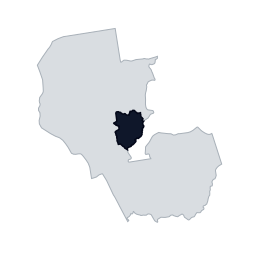 Copperbelt on a map of Zambia (Mercator projection), rotated 81°
{"feature_id": "ZMB-517", "entity_name": "Copperbelt", "entity_type": "Province", "adm_level": 1, "iso_a3": "ZMB", "parent_name": "Zambia", "parent_adm1": "", "projection": "mercator", "projection_center": [27.632, -13.082], "detail": "fine", "context": "in_parent", "style": "filled", "palette": "ink", "viewbox_px": 256, "rotation_deg": 81, "n_neighbors": 0, "source": "natural_earth", "source_scale": "10m", "svg_char_len": 7258}
<svg xmlns="http://www.w3.org/2000/svg" viewBox="0 0 256 256"><g transform="rotate(81 128 128)"><path d="M172.2,171.9L160.8,171.9L156.6,172.8L153.2,174.3L149.1,176.5L146.8,178.0L146.1,178.9L145.8,180.8L145.8,183.7L145.4,185.8L144.1,187.8L137.9,190.1L133.9,192.0L129.9,194.3L126.9,197.2L124.8,200.9L121.4,205.4L114.3,213.4L110.1,214.9L106.7,214.6L102.5,212.9L99.1,212.6L96.7,213.6L94.4,213.3L92.3,211.6L90.6,211.0L89.1,211.4L87.3,211.4L84.0,210.4L81.2,207.6L79.6,206.4L78.4,205.9L75.0,205.5L67.1,204.8L59.0,206.2L51.8,207.7L44.5,201.3L37.5,194.6L36.0,192.8L33.3,190.6L31.4,189.5L30.7,188.9L28.8,183.0L27.7,177.5L27.7,125.1L59.7,125.1L61.8,124.9L61.9,124.3L60.4,121.5L60.5,120.5L60.9,118.6L62.3,114.9L62.4,113.6L61.7,109.5L61.8,107.3L62.1,102.6L61.9,101.1L62.7,99.0L62.9,97.6L63.2,97.0L62.9,95.5L62.2,90.0L61.8,87.7L63.8,88.1L64.4,89.2L64.8,90.4L65.6,90.5L67.9,91.2L68.7,92.2L69.2,94.4L68.9,95.5L68.2,96.5L68.9,97.3L70.4,97.8L71.3,97.6L73.9,96.1L76.3,95.6L77.5,95.2L82.8,94.2L83.8,93.7L84.5,93.7L85.1,94.1L84.6,95.6L84.4,97.0L85.1,99.6L85.6,100.9L86.7,101.7L87.5,102.2L88.4,103.1L90.2,103.0L94.3,104.3L95.5,104.9L97.2,105.5L98.4,105.8L102.6,106.2L107.0,107.0L109.3,107.1L110.9,106.9L112.0,106.5L112.7,106.1L113.1,105.7L114.7,100.7L115.6,100.3L116.7,100.1L117.3,100.5L118.0,103.7L121.2,106.5L122.3,108.9L123.1,110.9L123.8,111.5L125.0,112.2L126.9,112.4L128.6,112.5L137.2,115.9L138.2,116.6L139.2,118.4L139.9,120.5L140.5,122.2L141.7,122.5L142.6,122.6L143.6,123.7L144.4,124.7L146.9,128.8L147.3,130.5L148.5,131.6L150.2,132.0L151.7,132.1L152.6,131.6L154.8,130.7L156.5,129.8L157.8,129.4L158.5,129.6L159.1,130.3L159.4,132.4L160.7,133.1L161.6,132.8L161.9,132.0L161.9,131.6L161.9,110.2L161.1,110.4L160.1,111.0L157.9,111.0L157.0,111.5L156.7,112.2L156.9,113.0L156.9,114.3L156.6,114.8L155.6,115.0L154.2,114.6L151.5,114.0L149.4,113.6L147.8,112.0L145.7,109.6L144.3,108.4L141.0,105.9L140.4,105.4L139.4,104.2L138.5,102.2L137.7,99.9L137.2,98.4L138.0,96.2L140.0,88.8L140.4,86.5L142.1,84.2L142.2,82.1L141.5,79.4L141.7,78.0L141.9,69.6L141.5,66.9L140.4,64.0L138.0,59.9L138.0,59.0L141.7,56.3L142.8,55.3L144.7,53.2L146.0,51.4L146.8,49.9L147.1,48.0L146.5,46.1L147.8,45.8L178.3,41.1L178.8,42.3L179.7,44.4L180.7,45.9L182.0,47.3L183.2,48.1L183.9,48.3L188.6,48.3L190.3,49.1L191.8,50.1L192.1,51.7L193.1,52.7L194.2,53.5L194.6,53.6L195.4,53.4L196.6,53.4L197.8,53.7L198.4,54.1L198.4,55.4L198.8,56.0L200.4,56.3L202.0,56.4L203.5,57.3L205.2,57.4L207.2,57.8L208.1,58.8L210.2,59.8L212.7,60.7L215.5,62.2L215.6,62.6L216.1,63.5L216.6,64.1L216.6,65.1L216.9,65.9L217.6,66.1L218.2,66.2L218.7,65.6L219.5,65.6L220.3,66.0L220.6,67.0L221.2,68.3L222.3,69.2L222.9,70.1L222.7,71.7L222.3,73.2L223.7,74.6L225.5,76.0L226.0,76.6L226.2,78.6L226.4,79.3L227.7,81.0L228.3,82.1L228.2,82.8L224.9,86.2L222.8,86.7L221.9,87.4L221.4,88.1L222.7,91.4L223.4,92.7L222.9,94.3L221.5,97.0L220.9,97.3L220.8,99.3L221.2,100.1L221.9,100.7L222.1,102.0L222.1,105.5L221.3,109.4L222.8,112.9L223.3,113.3L225.4,113.3L225.7,113.6L225.2,114.6L223.8,116.1L221.1,117.2L217.3,118.6L216.5,119.8L216.0,121.6L216.4,122.7L216.9,123.3L216.8,124.9L216.4,126.5L216.5,127.9L216.4,129.0L215.9,129.6L215.2,131.4L214.4,133.1L213.7,133.9L212.8,134.8L211.3,135.5L211.3,135.8L213.0,136.6L213.4,137.2L213.6,137.6L212.9,138.5L213.7,139.0L214.6,139.5L215.6,140.7L216.6,142.9L216.8,143.1L217.1,143.1L217.6,142.9L218.7,142.0L219.5,141.7L220.4,142.9L204.4,148.4L200.7,149.6L195.1,151.5L193.3,152.2L191.8,152.9L177.0,157.2L174.7,158.1L169.4,160.3L169.2,160.6L169.3,161.6L169.7,163.7L170.7,165.6L171.4,166.7L171.9,169.4L172.2,171.9Z" fill="#d9dde1" stroke="#a8b0b8" stroke-width="1"/><path d="M124.0,111.7L124.1,111.8L124.9,112.6L125.4,112.8L126.1,112.9L126.9,112.8L127.5,112.7L127.8,112.4L128.0,112.2L128.6,112.1L129.0,112.2L130.0,112.8L130.2,113.1L130.3,113.6L130.4,113.9L130.8,114.0L131.1,114.0L131.3,114.0L132.6,114.1L132.8,114.3L132.8,114.5L133.3,115.0L133.6,114.9L133.8,114.7L134.3,114.5L134.6,114.7L134.9,114.9L135.2,115.1L135.6,115.1L136.0,115.1L136.3,115.1L136.6,115.2L136.9,115.4L138.3,116.6L138.6,117.0L138.9,117.9L139.1,118.3L139.7,118.9L139.9,119.2L139.9,119.7L139.7,120.0L139.4,120.2L139.2,120.4L139.3,120.9L139.7,121.3L140.1,121.7L140.3,122.1L140.4,123.0L140.6,123.2L140.8,123.2L141.1,123.1L141.3,122.9L141.5,122.4L141.8,122.2L142.6,122.4L143.2,123.1L144.4,124.6L144.7,124.9L144.8,125.1L145.0,125.7L145.1,125.8L145.3,125.9L145.4,126.0L145.3,126.3L145.2,126.6L145.3,126.7L145.3,126.8L145.5,126.8L145.7,127.5L145.9,127.6L146.2,127.6L146.4,127.7L146.6,127.9L147.1,130.5L147.4,131.2L147.9,131.8L148.2,132.0L148.4,132.1L148.7,132.0L149.1,131.9L149.4,131.9L149.3,132.0L149.2,132.2L148.6,132.8L147.5,134.2L147.4,134.3L146.6,134.6L146.1,134.9L145.9,135.0L145.6,135.4L145.3,135.9L145.1,136.0L142.7,137.9L142.6,138.0L142.7,140.1L142.4,140.2L141.0,140.3L140.3,140.4L140.0,140.6L139.9,140.6L139.7,140.7L138.6,140.8L138.2,140.7L137.4,140.5L136.7,140.5L136.4,140.6L136.1,140.7L135.9,140.7L135.7,140.6L134.6,140.4L134.4,140.3L134.1,140.4L133.9,140.5L133.7,140.7L133.6,140.8L132.9,140.9L131.9,140.9L131.7,140.9L131.6,141.0L131.4,141.0L130.9,141.0L130.7,141.1L130.4,141.3L130.1,141.3L129.9,141.2L129.6,140.9L129.4,140.6L129.2,140.3L128.1,137.4L127.8,137.1L127.5,137.0L126.0,136.9L125.8,136.9L125.6,136.8L125.3,136.6L125.1,136.5L124.8,136.5L124.6,136.8L124.6,137.0L124.6,137.4L124.5,137.5L124.4,137.5L124.1,137.6L124.1,137.8L124.1,138.1L124.0,138.3L123.4,139.0L123.4,139.3L123.3,139.5L123.2,139.5L123.1,139.4L122.9,139.0L122.7,138.9L122.5,139.0L122.3,139.1L122.2,139.3L122.3,139.6L122.4,139.9L122.2,140.4L121.8,140.8L121.4,141.2L121.1,141.3L120.9,141.1L120.7,141.0L120.7,140.9L120.6,140.5L120.5,140.2L120.4,139.7L120.3,139.4L120.1,139.2L119.8,138.6L119.9,138.4L119.9,138.2L118.4,137.9L111.4,137.7L110.8,137.3L110.5,137.1L110.4,136.8L110.3,136.6L110.3,136.4L110.4,135.3L110.4,135.0L110.6,134.7L111.0,134.2L111.2,133.9L111.4,133.0L111.4,132.9L111.5,132.8L111.7,132.7L112.1,132.6L112.3,132.4L112.6,131.8L112.7,131.7L113.1,131.5L113.2,131.4L113.3,131.3L113.5,131.0L113.5,130.8L113.6,130.6L113.6,130.2L113.3,129.6L113.3,129.4L113.3,129.1L113.3,128.9L113.4,128.7L113.5,128.6L113.6,128.4L114.6,127.8L114.7,127.7L114.8,127.5L115.0,127.4L115.0,127.2L115.5,125.1L115.4,125.0L115.2,125.0L114.8,125.0L114.7,125.0L114.6,124.9L114.5,124.7L114.4,124.7L114.2,124.4L114.0,124.2L113.9,124.2L113.6,124.2L113.4,124.1L113.2,123.9L112.7,123.8L112.7,123.7L112.4,123.5L112.2,123.4L112.0,123.2L111.9,123.2L111.9,122.9L112.0,122.6L112.2,122.3L112.2,122.2L112.3,122.0L112.3,121.9L112.2,121.7L111.9,121.4L111.7,121.2L111.6,120.9L111.4,120.7L111.3,120.3L111.4,120.2L111.6,119.2L111.8,118.8L112.0,118.7L112.3,118.5L112.6,118.5L112.9,118.4L113.0,118.3L113.1,118.2L113.3,118.0L113.5,117.7L114.1,116.9L114.4,116.8L115.1,116.6L115.2,116.4L114.9,115.9L114.9,115.7L114.9,115.4L114.9,115.2L115.0,115.0L115.1,114.8L115.1,114.3L115.0,114.2L114.8,113.6L114.8,113.3L115.0,113.3L115.3,113.4L115.8,113.4L116.0,113.4L116.3,113.4L116.5,113.3L118.7,113.5L118.8,113.5L118.9,113.4L119.1,113.2L119.4,113.0L119.5,112.9L120.0,112.5L120.1,112.4L120.3,112.3L120.5,112.2L120.8,112.0L120.9,111.9L121.0,111.8L121.3,111.8L121.7,112.0L121.9,112.2L121.9,112.3L121.9,112.5L122.4,112.6L122.6,112.7L122.7,112.8L122.9,112.4L123.2,112.3L123.3,112.3L124.0,111.8L124.0,111.7Z" fill="#0f172a" stroke="#020617" stroke-width="1.5"/></g></svg>